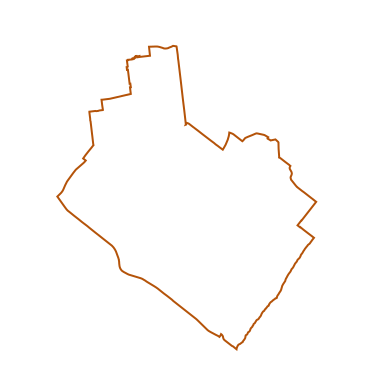 Stirling, Western Australia, Australia, rotated 218°
{"feature_id": "25037944B32793785148952", "entity_name": "Stirling", "entity_type": "district", "adm_level": 2, "iso_a3": "AUS", "parent_name": "Australia", "parent_adm1": "Western Australia", "projection": "albers", "projection_center": [115.812, -31.89], "detail": "fine", "context": "isolated", "style": "outline", "palette": "amber", "viewbox_px": 384, "rotation_deg": 218, "n_neighbors": 0, "source": "geoboundaries", "source_scale": "gbopen_adm2", "svg_char_len": 5804}
<svg xmlns="http://www.w3.org/2000/svg" viewBox="0 0 384 384"><g transform="rotate(218 192 192)"><path d="M295.3,148.4L297.1,139.1L297.3,138.0L297.3,136.6L297.3,134.0L297.0,124.8L296.9,123.1L296.6,121.7L296.1,119.2L295.0,115.0L294.8,114.2L294.7,113.4L294.6,112.6L294.6,111.7L294.6,110.9L294.7,110.0L294.8,109.2L295.3,105.5L283.5,102.0L281.0,101.3L280.3,101.1L278.5,100.8L276.6,100.8L275.4,100.8L270.4,100.7L264.5,100.7L259.9,100.6L253.5,100.7L251.0,100.6L243.3,100.5L222.1,100.4L220.9,100.2L219.7,100.0L217.5,99.3L217.0,99.1L215.7,98.5L215.1,98.2L209.3,94.6L208.7,94.1L208.0,93.7L207.5,93.1L206.6,92.3L205.3,90.8L203.6,89.1L202.9,88.5L202.1,88.0L201.3,87.5L200.3,87.2L199.4,86.9L198.5,86.8L197.4,86.9L196.8,86.9L192.2,87.7L190.9,88.0L189.1,88.7L180.6,92.0L179.6,92.4L178.3,92.8L177.3,93.0L175.6,93.2L174.2,93.4L173.3,93.4L172.1,93.5L163.7,94.5L161.6,94.7L159.5,94.8L151.7,94.7L147.6,94.8L143.4,94.8L141.6,94.8L139.6,94.6L110.6,94.5L109.1,94.4L95.7,92.9L95.0,92.8L93.4,92.8L92.6,92.9L91.1,93.1L85.4,94.1L84.4,94.3L83.0,94.6L82.2,94.7L81.2,94.7L81.2,96.0L81.4,97.2L81.6,97.9L80.8,97.9L80.2,97.8L79.3,97.5L78.7,97.2L77.4,96.1L76.9,95.8L76.3,95.5L75.8,95.4L75.2,95.3L66.2,95.3L65.8,95.3L65.1,95.5L64.6,95.6L60.1,95.5L60.6,96.4L61.2,98.3L61.4,100.2L61.3,100.5L61.1,100.9L60.7,101.7L60.5,102.1L60.5,102.4L60.4,102.8L60.2,103.2L59.9,104.7L59.7,104.9L59.8,105.3L60.0,106.5L59.9,107.4L60.0,107.8L60.0,108.7L60.2,109.7L60.3,110.0L60.5,110.3L60.7,110.6L60.8,111.0L61.0,111.3L61.2,111.5L61.3,111.9L61.4,112.2L61.3,112.5L61.0,113.2L60.9,113.6L60.9,114.1L61.3,115.5L61.4,116.1L61.3,116.3L61.1,116.7L60.9,117.7L61.0,118.2L61.2,119.1L61.3,119.3L61.4,119.7L61.7,120.4L61.7,120.7L61.7,121.3L61.5,123.0L61.7,123.4L61.7,123.7L61.7,124.1L61.7,124.7L62.1,125.6L62.1,126.3L61.8,127.2L61.8,127.4L61.9,128.1L62.2,130.6L62.0,131.5L61.7,132.0L61.5,132.4L61.5,132.7L61.4,133.0L61.6,134.9L61.5,135.5L61.5,136.1L61.6,137.0L62.2,139.1L62.4,141.3L62.4,141.6L62.0,142.7L62.0,143.2L62.2,144.0L62.2,144.4L62.2,144.9L62.1,145.2L62.0,145.6L62.1,145.8L62.0,147.1L62.1,148.5L61.8,148.9L61.7,149.5L61.6,149.8L62.0,150.4L62.1,150.9L62.0,151.2L62.2,151.8L62.2,152.0L62.2,153.0L62.1,153.8L61.7,155.0L61.6,156.2L61.5,156.5L61.4,156.7L61.4,156.9L61.3,157.2L61.2,157.7L61.0,158.2L60.8,158.9L60.8,159.4L60.7,159.7L60.5,160.0L60.2,160.2L60.1,160.3L60.0,160.5L60.0,160.8L60.2,161.2L60.6,162.0L60.8,162.8L60.9,163.6L60.8,164.4L60.9,164.8L61.0,165.1L61.1,165.7L61.1,166.1L61.2,167.1L61.2,168.2L61.5,169.2L61.5,169.7L61.7,170.2L61.9,170.6L62.5,172.1L62.9,173.1L63.1,173.5L63.2,174.0L63.5,176.0L63.6,177.6L63.7,178.6L63.7,179.1L64.3,180.5L64.6,181.5L64.8,183.1L65.1,184.6L65.3,186.1L65.4,187.2L65.4,189.8L65.6,190.8L65.7,191.3L66.0,192.3L66.0,192.8L65.9,193.3L65.9,193.9L65.9,194.9L66.3,197.0L66.6,198.5L66.7,199.1L66.6,201.7L66.7,202.2L67.0,203.2L67.0,203.7L66.9,204.8L66.7,205.7L66.7,206.3L66.7,206.8L66.8,207.3L67.0,208.3L67.4,209.3L67.4,209.8L67.5,210.3L67.4,211.3L67.6,213.0L67.8,214.0L67.8,215.0L68.0,216.6L68.0,217.7L68.0,218.8L68.0,219.3L68.0,219.8L67.9,220.3L68.0,220.8L68.0,221.3L68.0,221.8L67.6,223.3L67.5,223.8L67.5,224.3L67.6,225.4L67.6,226.9L67.7,227.4L67.7,228.9L67.7,230.5L67.7,231.0L80.8,230.9L85.1,231.0L85.1,230.7L88.3,230.7L88.3,236.9L88.1,236.9L88.1,237.1L88.1,239.2L88.1,240.7L88.1,247.6L88.1,250.9L88.1,251.5L88.1,254.5L88.1,255.3L88.1,259.5L88.1,260.7L89.5,260.7L97.8,260.7L103.6,260.7L103.8,260.7L105.6,260.6L111.1,260.6L111.6,260.6L112.2,260.7L112.3,260.6L112.5,260.6L114.4,261.0L120.6,262.5L121.5,262.7L121.9,263.0L122.0,263.1L122.7,263.6L123.2,264.1L123.5,264.6L123.6,264.9L124.1,266.8L124.5,267.7L124.6,267.9L125.0,268.3L125.7,268.9L126.5,269.3L128.7,270.2L129.3,270.5L129.6,270.8L130.0,271.3L130.2,271.7L130.4,272.5L130.5,273.1L130.9,273.1L131.3,273.1L132.0,273.2L136.8,273.1L142.8,273.1L144.0,273.0L144.6,272.8L145.0,273.4L145.6,274.1L149.4,278.3L150.3,279.3L154.4,284.3L155.0,284.5L158.6,284.8L161.8,281.0L162.5,281.0L163.4,280.9L165.3,280.6L165.5,280.7L165.6,280.8L165.7,282.1L169.9,281.5L170.4,281.3L170.9,281.1L176.5,278.4L177.1,278.0L177.3,277.9L177.8,277.2L179.7,273.7L181.7,270.3L182.9,268.1L183.1,267.6L183.3,267.2L183.3,266.9L183.4,264.1L183.5,263.5L183.6,263.0L191.1,263.0L194.9,263.0L196.1,262.8L196.8,262.6L198.2,262.2L199.2,261.8L198.2,260.2L197.8,259.4L197.3,258.4L196.6,256.6L196.2,255.7L196.0,255.1L195.0,251.4L194.6,249.9L194.1,246.6L193.8,244.3L197.9,244.2L198.4,244.2L200.9,244.2L201.1,244.1L201.5,244.1L203.1,244.1L204.6,244.2L208.3,244.1L218.9,244.0L221.2,244.0L224.7,244.0L231.3,243.9L233.2,243.9L236.2,243.9L237.0,243.8L238.8,243.2L238.2,241.4L238.4,241.1L238.5,241.5L242.4,245.5L248.5,251.7L249.6,252.8L256.4,259.6L269.7,273.1L283.6,287.1L284.9,288.3L287.7,291.3L293.7,297.1L293.9,297.2L296.9,295.5L297.2,294.8L297.6,293.9L299.0,291.6L299.2,291.0L299.7,290.3L300.1,289.8L300.7,289.2L301.4,288.6L302.1,288.1L302.9,287.7L303.5,287.6L307.1,286.2L307.7,285.9L309.0,285.2L309.8,284.6L315.3,280.0L309.0,273.5L315.8,266.8L316.4,266.2L317.1,266.9L317.5,266.4L316.8,265.8L318.1,264.4L318.8,265.1L319.0,265.0L319.3,265.2L320.0,264.6L319.4,264.0L320.2,263.2L319.7,262.7L319.5,262.4L320.3,261.6L319.8,261.2L320.0,261.0L320.5,261.5L321.1,260.8L320.7,260.3L320.9,260.1L320.6,259.9L321.1,259.3L323.8,256.8L323.5,256.5L324.3,255.6L319.8,251.2L319.8,250.9L320.4,250.2L318.4,248.2L317.8,248.9L307.8,238.9L307.3,239.4L304.7,236.9L305.3,236.3L300.6,231.6L310.7,219.1L313.3,215.9L314.1,214.9L316.8,212.2L319.4,209.6L320.1,209.0L316.2,205.1L312.8,201.9L312.7,201.7L312.9,201.5L315.0,199.4L315.4,198.9L315.8,198.2L317.1,196.9L317.5,196.6L318.0,196.4L322.3,192.1L322.0,191.7L317.3,187.0L316.2,185.7L315.4,185.2L306.3,176.0L304.9,174.6L298.8,168.4L298.5,168.3L298.5,164.5L298.6,160.1L298.6,159.4L298.6,159.1L298.6,155.2L298.4,151.4L295.1,151.4L295.1,150.3L295.3,148.4Z" fill="none" stroke="#b45309" stroke-width="2"/></g></svg>